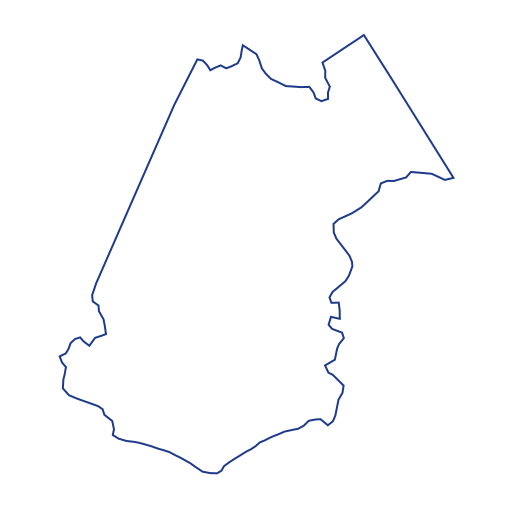 Goiana, Pernambuco, Brazil, rotated 87°
{"feature_id": "56859067B6453110180727", "entity_name": "Goiana", "entity_type": "district", "adm_level": 2, "iso_a3": "BRA", "parent_name": "Brazil", "parent_adm1": "Pernambuco", "projection": "mercator", "projection_center": [-34.921, -7.588], "detail": "fine", "context": "isolated", "style": "outline", "palette": "blue", "viewbox_px": 512, "rotation_deg": 87, "n_neighbors": 0, "source": "geoboundaries", "source_scale": "gbopen_adm2", "svg_char_len": 1931}
<svg xmlns="http://www.w3.org/2000/svg" viewBox="0 0 512 512"><g transform="rotate(87 256 256)"><path d="M188.3,114.5L185.4,102.0L180.2,96.9L183.1,76.2L189.9,63.4L188.3,54.7L82.9,113.1L41.0,136.7L66.3,179.5L74.8,177.1L81.7,177.6L90.7,173.4L96.6,175.6L102.9,175.8L104.8,182.6L101.8,188.1L95.9,189.9L89.9,193.9L89.7,202.4L88.6,211.0L87.9,217.3L83.7,224.7L79.9,231.8L74.3,236.8L69.0,240.3L60.5,242.6L54.5,245.0L44.9,258.1L49.4,259.4L56.8,260.9L62.6,264.2L65.5,271.2L67.0,275.9L63.8,281.4L66.1,287.7L68.1,291.9L63.0,294.7L58.1,298.8L56.6,304.3L100.8,329.7L123.7,341.2L274.8,417.0L286.6,421.7L292.8,421.4L297.2,415.9L303.0,415.7L311.2,411.6L317.4,410.7L326.1,409.9L327.6,414.6L329.3,421.0L336.9,427.1L332.4,432.5L328.1,435.9L329.4,441.0L333.3,445.7L339.0,448.1L343.3,451.0L346.0,457.3L352.2,455.3L357.0,451.6L363.9,453.2L369.1,454.8L378.1,455.8L385.3,450.0L389.0,442.3L397.7,421.5L401.0,417.2L406.7,415.7L413.2,408.2L421.6,406.9L427.3,408.4L431.3,402.6L434.0,394.8L435.1,388.1L436.3,382.9L438.3,376.8L440.5,370.5L443.2,364.0L445.2,358.2L447.2,352.9L450.9,346.7L453.7,341.6L456.6,337.1L459.4,332.6L463.4,327.6L468.6,320.6L470.4,313.1L471.0,306.3L468.6,301.7L464.2,299.0L460.6,293.5L457.7,288.5L454.0,281.7L450.7,275.7L448.7,271.1L445.7,266.1L442.3,261.9L440.7,257.1L438.8,253.0L437.0,248.5L435.5,243.8L432.8,236.5L431.6,229.0L430.7,222.9L428.0,217.2L423.3,211.9L422.4,205.2L422.3,200.2L428.8,193.1L425.0,187.8L419.4,185.1L403.7,181.1L397.2,176.8L390.0,175.3L378.6,185.6L376.4,189.7L368.9,192.8L363.7,182.7L352.7,179.8L348.5,177.8L342.6,172.6L337.0,174.1L332.8,183.8L328.4,187.1L320.7,184.3L323.1,175.6L314.5,175.3L306.9,175.8L306.7,183.1L301.2,184.8L295.8,181.4L292.3,176.6L285.8,168.0L280.6,164.3L271.4,160.3L266.7,160.5L260.5,162.7L242.9,174.8L236.6,177.1L228.0,176.9L223.7,171.6L218.5,158.3L213.0,148.3L207.8,142.0L201.8,135.0L197.8,130.2L190.1,127.6L187.8,120.9L188.3,114.5Z" fill="none" stroke="#1e3a8a" stroke-width="2"/></g></svg>